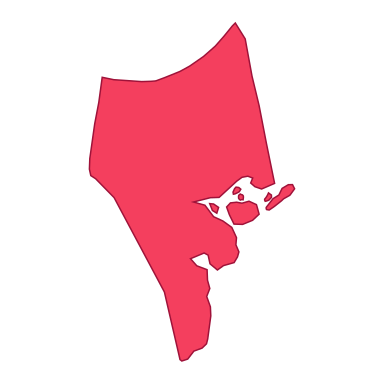 Ikelau, Palau (Natural Earth projection)
{"feature_id": "81905179B16358514797122", "entity_name": "Ikelau", "entity_type": "district", "adm_level": 2, "iso_a3": "PLW", "parent_name": "Palau", "parent_adm1": "", "projection": "natural_earth1", "projection_center": [134.481, 7.339], "detail": "fine", "context": "isolated", "style": "filled", "palette": "rose", "viewbox_px": 384, "rotation_deg": 0, "n_neighbors": 0, "source": "geoboundaries", "source_scale": "gbopen_adm2", "svg_char_len": 1964}
<svg xmlns="http://www.w3.org/2000/svg" viewBox="0 0 384 384"><path d="M180.0,359.6L181.8,361.0L187.7,359.1L193.9,351.1L202.1,348.1L206.5,343.8L207.7,339.0L210.8,315.9L210.4,306.8L206.7,296.5L209.8,288.5L207.5,280.2L207.1,269.7L196.8,265.8L190.5,258.7L204.1,253.0L208.1,255.1L210.0,263.8L217.4,270.0L223.5,265.6L234.1,262.6L237.5,256.9L238.9,251.9L235.9,244.8L236.5,237.7L231.8,227.4L222.9,221.0L213.6,216.7L204.9,205.2L193.5,202.0L210.3,197.7L219.1,197.4L236.7,181.2L242.0,177.3L247.8,176.2L252.7,178.0L250.7,183.0L254.9,186.7L261.6,189.0L274.6,183.4L266.4,143.3L259.1,105.6L252.0,76.1L245.2,38.9L235.3,23.0L232.3,26.0L224.0,36.2L215.3,46.1L203.5,56.5L189.5,66.2L179.8,71.5L164.7,77.6L156.1,80.8L154.9,81.0L151.1,81.3L141.7,81.6L113.8,79.7L102.2,77.3L98.8,102.4L94.7,123.9L89.8,158.6L89.4,169.2L90.8,175.6L95.6,178.7L114.1,197.6L164.4,292.0L178.8,354.3L180.0,359.6ZM229.8,203.6L226.6,207.0L229.3,214.5L229.7,215.4L234.0,224.1L242.6,224.4L252.6,220.3L259.1,214.2L257.1,206.9L256.4,204.6L249.0,201.2L242.0,203.2L236.6,202.2L235.8,202.3L230.4,202.9L229.8,203.6ZM290.6,194.3L294.6,188.8L292.5,184.6L288.3,184.7L282.1,188.4L278.9,195.0L273.0,198.7L266.2,207.4L266.2,208.9L266.7,209.6L269.2,210.0L273.6,207.0L275.2,205.8L277.2,204.2L281.5,200.8L283.6,198.8L289.8,195.3L290.6,194.3ZM211.8,208.9L212.4,210.5L216.8,213.2L218.6,207.4L213.6,204.0L211.3,203.8L209.7,203.6L211.8,208.9ZM233.4,194.2L235.0,193.9L237.4,192.8L239.3,191.7L240.8,189.2L238.8,187.5L237.4,187.3L236.0,187.1L234.6,188.6L233.7,190.6L233.0,192.1L233.4,194.2ZM265.6,198.0L264.7,199.1L264.6,200.0L265.2,201.3L265.6,201.2L266.6,201.0L268.8,200.2L271.5,197.4L271.5,196.9L271.4,195.0L270.1,194.1L268.5,192.9L267.4,195.3L265.9,197.7L265.6,198.0ZM240.2,194.0L239.8,194.4L238.7,195.3L238.5,196.8L238.6,198.3L239.2,199.2L240.3,200.1L240.9,199.9L241.7,199.6L243.1,199.8L243.4,197.7L243.4,196.7L243.3,195.9L242.9,195.4L242.5,194.9L241.5,194.6L240.2,194.0Z" fill="#f43f5e" stroke="#9f1239" stroke-width="1.5"/></svg>